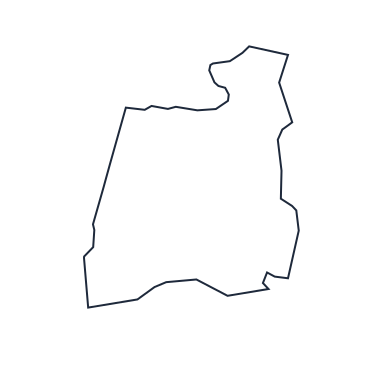 the district of Essex, New Jersey, United States of America, rotated 250°
{"feature_id": "52423323B34984401006879", "entity_name": "Essex", "entity_type": "district", "adm_level": 2, "iso_a3": "USA", "parent_name": "United States of America", "parent_adm1": "New Jersey", "projection": "equal_earth", "projection_center": [-74.229, 40.792], "detail": "fine", "context": "isolated", "style": "outline", "palette": "slate", "viewbox_px": 384, "rotation_deg": 250, "n_neighbors": 0, "source": "geoboundaries", "source_scale": "gbopen_adm2", "svg_char_len": 729}
<svg xmlns="http://www.w3.org/2000/svg" viewBox="0 0 384 384"><g transform="rotate(250 192 192)"><path d="M78.1,252.7L119.2,279.1L139.0,283.7L144.6,281.3L155.3,273.2L181.4,283.4L211.8,290.5L219.8,298.2L223.2,310.0L265.0,311.3L288.0,329.1L309.3,295.5L305.5,287.0L302.0,272.3L305.6,255.6L305.0,252.7L300.4,249.8L287.3,250.6L282.6,253.1L278.6,258.8L271.0,259.9L265.4,257.0L261.8,242.8L266.9,225.0L277.6,205.9L278.3,197.8L286.7,183.4L285.4,175.7L293.9,158.7L246.9,124.9L233.3,115.2L226.8,110.6L195.5,87.9L189.7,87.2L174.0,80.3L168.3,68.6L167.1,68.0L118.9,54.9L109.7,104.0L115.5,124.3L116.1,136.9L108.3,166.2L82.3,189.9L74.7,230.7L82.2,227.5L90.7,235.0L84.2,240.8L78.1,252.7Z" fill="none" stroke="#1e293b" stroke-width="2"/></g></svg>